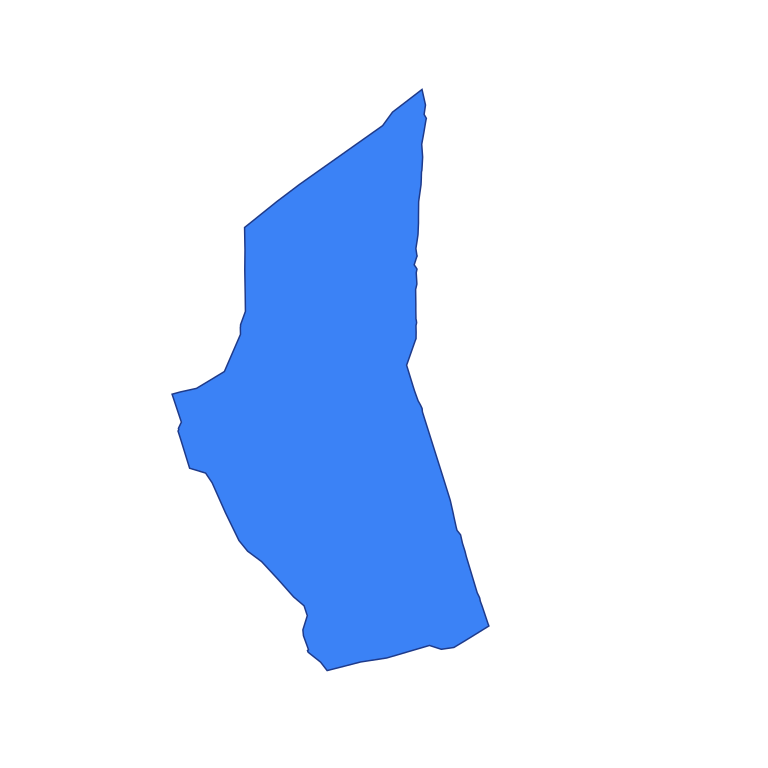 Al Buram, South Kordufan, Sudan (Equal Earth projection), rotated 203°
{"feature_id": "16777658B98120028392417", "entity_name": "Al Buram", "entity_type": "district", "adm_level": 2, "iso_a3": "SDN", "parent_name": "Sudan", "parent_adm1": "South Kordufan", "projection": "equal_earth", "projection_center": [29.873, 10.592], "detail": "fine", "context": "isolated", "style": "filled", "palette": "blue", "viewbox_px": 768, "rotation_deg": 203, "n_neighbors": 0, "source": "geoboundaries", "source_scale": "gbopen_adm2", "svg_char_len": 2113}
<svg xmlns="http://www.w3.org/2000/svg" viewBox="0 0 768 768"><g transform="rotate(203 384 384)"><path d="M575.1,291.8L573.5,290.0L555.6,269.7L555.7,268.0L555.8,265.4L555.9,262.8L555.1,261.8L555.2,260.2L549.6,253.7L530.0,230.5L513.4,232.3L503.6,225.9L479.7,203.6L456.3,183.2L444.2,176.8L427.3,172.7L405.0,162.7L384.0,152.7L370.9,148.6L364.9,141.7L364.7,141.5L364.1,140.9L362.6,126.0L359.8,120.8L350.1,110.4L349.9,110.2L349.7,109.9L350.3,108.8L349.8,108.3L349.7,108.1L348.9,107.4L333.7,103.2L324.4,98.0L324.2,98.1L296.9,119.0L274.4,132.9L242.3,159.2L240.0,161.1L227.6,162.2L226.6,162.8L216.7,168.8L208.6,180.0L192.9,202.2L193.4,202.8L194.6,204.0L197.6,207.4L206.9,217.9L208.9,220.0L210.2,221.4L210.9,222.3L212.3,224.4L213.7,225.7L216.6,228.2L240.8,257.3L244.1,261.7L249.5,268.0L254.6,275.1L255.7,275.7L256.6,276.2L259.6,277.8L261.6,280.4L268.5,290.1L268.8,290.6L270.0,292.3L277.4,302.6L279.4,305.0L294.1,322.3L337.7,373.3L339.4,376.4L342.2,378.9L346.1,381.9L353.2,389.6L356.2,393.1L370.6,410.2L370.6,411.2L370.6,411.4L372.2,436.4L372.2,438.2L372.7,439.4L374.7,444.3L375.2,445.4L377.0,449.4L377.5,450.6L377.5,451.0L377.6,451.4L377.9,453.1L378.2,453.6L379.0,455.0L380.2,456.7L380.5,457.5L382.9,462.9L383.6,464.5L385.0,467.8L385.8,469.7L391.7,483.1L392.0,483.9L392.0,484.4L392.7,488.5L393.0,489.3L397.8,499.0L398.0,499.9L398.5,502.6L398.7,502.8L399.3,503.2L400.1,503.8L402.8,505.5L402.9,506.8L403.5,513.5L403.5,514.7L403.9,515.3L404.2,515.6L407.6,521.2L407.9,522.4L409.4,528.4L411.0,534.5L411.3,535.4L414.1,542.8L415.1,545.5L417.6,551.4L423.2,565.0L423.5,565.9L427.8,582.0L428.1,582.7L428.3,583.3L430.2,588.4L430.6,589.3L432.3,593.7L432.4,594.1L432.6,595.4L433.0,596.6L437.1,608.0L443.0,619.5L443.2,620.5L444.4,625.9L445.7,631.6L447.7,639.9L448.1,641.6L448.6,643.8L448.8,645.1L449.1,645.3L452.4,647.8L454.8,657.0L464.1,670.0L482.4,637.6L486.2,621.3L508.6,585.1L539.9,534.5L553.8,510.3L573.5,473.6L564.3,453.0L556.8,434.8L546.7,412.1L539.9,396.6L539.9,395.9L539.2,382.5L538.5,380.8L538.4,380.1L535.5,373.6L535.8,333.1L554.9,306.7L568.4,297.1L575.1,291.8Z" fill="#3b82f6" stroke="#1e3a8a" stroke-width="1.5"/></g></svg>